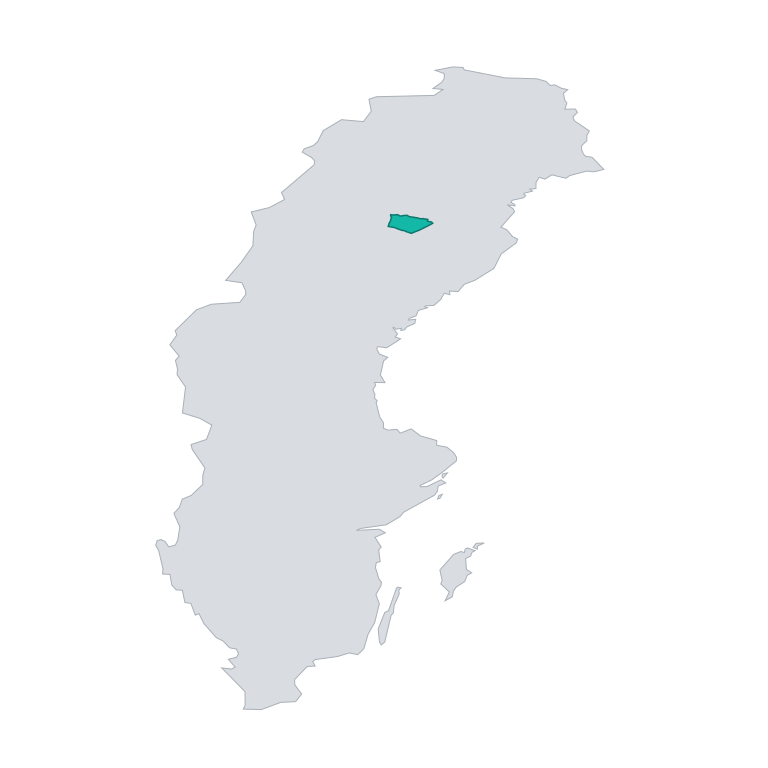 Malå, Västerbotten, Sweden (highlighted), rotated 351°
{"feature_id": "70781695B10174824853138", "entity_name": "Malå", "entity_type": "district", "adm_level": 2, "iso_a3": "SWE", "parent_name": "Sweden", "parent_adm1": "Västerbotten", "projection": "equal_earth", "projection_center": [18.759, 65.261], "detail": "fine", "context": "in_parent", "style": "filled", "palette": "teal", "viewbox_px": 768, "rotation_deg": 351, "n_neighbors": 0, "source": "geoboundaries", "source_scale": "gbopen_adm2", "svg_char_len": 4548}
<svg xmlns="http://www.w3.org/2000/svg" viewBox="0 0 768 768"><g transform="rotate(351 384 384)"><path d="M143.0,505.2L145.9,511.2L152.8,510.4L155.8,506.0L160.0,493.2L156.2,478.9L162.5,474.0L166.8,466.2L176.2,463.9L189.2,454.9L190.8,445.7L194.0,439.0L184.4,418.7L183.9,413.6L200.0,411.0L207.5,397.7L196.9,389.2L180.4,381.1L187.5,355.9L181.1,342.4L182.4,336.7L181.7,328.0L186.1,324.5L178.6,311.8L187.1,303.2L186.0,298.7L210.3,281.4L226.0,278.2L254.3,280.8L261.4,274.0L261.9,270.4L259.6,261.8L243.8,256.9L261.9,241.6L276.1,227.0L279.2,212.8L282.6,206.9L279.8,193.3L298.2,191.8L314.7,186.2L312.7,178.9L349.2,156.6L350.4,152.7L347.8,148.9L339.5,142.2L342.0,139.2L351.6,137.4L356.3,134.4L363.7,124.2L383.4,116.3L404.7,121.6L414.1,112.6L413.7,100.4L421.5,99.1L478.7,106.8L488.4,102.3L478.6,99.8L488.2,95.0L491.0,92.0L492.0,88.5L491.6,86.6L483.6,82.2L501.7,81.6L511.5,83.7L512.4,86.3L551.5,100.6L582.5,106.4L591.4,110.5L594.7,115.1L599.6,115.3L605.4,119.6L611.5,122.0L606.7,125.0L606.9,131.8L608.6,135.0L605.7,140.9L615.9,142.3L617.6,146.0L612.4,149.7L613.1,153.7L626.4,166.2L623.2,170.3L622.4,175.5L616.6,179.3L615.7,183.2L617.0,188.4L619.0,190.8L624.8,192.5L634.7,206.4L624.9,207.3L617.5,205.4L600.1,207.2L595.8,209.2L582.5,203.7L574.9,206.8L569.7,204.1L565.7,208.6L564.6,214.8L558.4,214.3L560.8,216.7L552.3,217.5L551.7,218.5L553.5,220.0L551.0,221.9L539.3,222.6L537.8,224.6L541.2,227.1L541.1,228.6L533.7,226.3L538.8,230.9L540.0,234.2L524.0,247.4L529.4,250.9L533.9,258.4L538.7,261.8L536.7,265.3L520.1,273.9L510.7,287.0L489.8,295.8L478.8,298.1L471.6,304.4L463.3,302.4L463.0,306.1L457.7,303.8L453.2,309.4L445.6,314.2L437.3,313.3L436.4,314.1L438.9,315.5L429.3,316.7L426.4,321.7L419.3,323.1L418.1,324.7L425.4,325.0L423.9,329.0L415.7,331.1L412.7,333.7L409.0,333.7L409.8,331.7L404.3,331.8L402.6,329.4L401.6,330.0L405.2,336.7L402.4,339.4L407.5,342.0L392.5,348.6L383.5,346.1L382.3,348.1L384.1,353.7L391.9,358.3L387.2,361.2L381.8,374.6L385.2,382.8L374.9,381.0L375.6,384.0L372.2,387.7L373.4,393.0L372.4,396.4L374.7,399.6L373.3,401.1L374.6,416.0L377.5,422.4L376.4,427.5L380.6,430.2L389.7,430.8L392.3,435.1L403.8,432.6L411.8,440.9L427.2,448.1L426.4,452.8L436.2,456.2L442.0,462.6L444.2,467.9L443.5,471.2L428.0,480.2L416.1,486.2L403.7,489.9L404.3,491.3L410.4,492.0L425.3,487.6L429.5,491.4L421.5,493.2L419.9,498.4L416.4,501.7L383.4,513.7L379.1,517.4L364.3,523.4L338.0,523.0L333.9,524.3L356.7,526.7L362.0,531.2L351.1,534.0L355.7,544.6L352.8,547.1L352.4,558.9L348.5,559.1L346.8,564.0L348.5,575.9L350.4,579.2L349.5,582.6L343.1,590.7L345.0,600.4L337.5,618.1L329.2,628.5L322.7,642.3L315.7,647.2L307.6,644.2L295.3,645.9L273.1,645.4L270.3,646.8L271.8,651.8L263.9,651.0L249.5,661.9L248.8,667.1L254.2,677.3L247.0,683.9L232.0,682.3L212.0,686.4L194.2,683.1L196.6,679.6L198.6,666.1L179.3,639.0L188.8,641.7L192.7,640.3L187.2,631.5L195.4,630.9L198.1,627.7L196.8,622.7L190.2,620.4L184.7,612.5L178.8,608.4L168.7,592.6L165.3,581.8L161.5,582.8L158.9,570.5L153.2,568.6L152.6,556.2L146.5,554.8L142.9,549.2L142.8,538.5L135.6,537.1L136.8,532.0L135.4,513.3L133.3,507.5L135.5,503.2L139.5,502.8L143.0,505.2ZM447.9,562.9L444.6,564.0L442.6,567.4L437.3,569.2L436.4,580.1L441.1,584.2L436.2,586.0L432.8,591.8L423.8,595.7L420.1,599.4L418.2,604.8L410.4,607.7L416.0,599.7L408.8,590.4L410.7,587.1L410.1,576.5L426.3,563.1L433.6,561.5L437.0,563.0L438.4,559.7L440.8,559.0L447.9,562.9ZM344.4,639.0L340.4,641.3L339.2,637.9L339.9,625.1L349.0,609.8L353.0,608.6L364.1,588.1L365.3,586.8L369.0,588.0L366.3,590.0L366.3,593.5L359.3,604.5L357.4,611.6L354.9,613.4L344.4,639.0ZM451.1,558.7L450.3,561.7L446.4,559.2L450.2,555.8L458.1,556.7L451.1,558.7ZM432.7,481.7L427.7,486.2L426.7,484.3L427.8,482.1L432.7,481.7ZM421.6,505.5L418.9,505.9L420.8,502.7L424.3,502.0L421.6,505.5Z" fill="#d9dde1" stroke="#a8b0b8" stroke-width="1"/><path d="M417.1,217.8L416.8,218.9L417.6,220.4L416.8,221.8L415.8,224.1L414.1,226.2L412.8,229.0L415.2,229.9L418.8,231.1L421.9,233.0L426.0,235.2L427.8,235.6L428.5,235.8L428.9,236.5L431.4,237.8L434.6,239.5L437.7,238.7L442.8,237.6L449.3,235.6L455.7,233.5L457.3,232.8L457.0,232.4L456.5,231.7L455.4,231.0L454.2,230.7L453.0,230.4L452.3,229.9L452.5,229.3L452.9,228.9L453.1,228.4L452.1,227.9L450.9,227.6L449.8,227.3L449.0,226.9L448.2,226.7L446.9,226.7L445.4,226.3L444.0,225.7L442.9,225.0L441.8,224.8L440.4,224.3L439.1,223.8L437.3,223.4L436.4,223.0L435.4,222.7L434.2,222.1L433.7,221.2L431.9,220.8L429.9,220.7L426.9,220.7L425.9,220.5L425.4,220.0L424.8,219.4L423.7,218.9L423.0,218.7L421.4,218.7L420.2,218.7L419.3,218.4L417.5,217.9L417.1,217.8Z" fill="#14b8a6" stroke="#0f766e" stroke-width="1.5"/></g></svg>